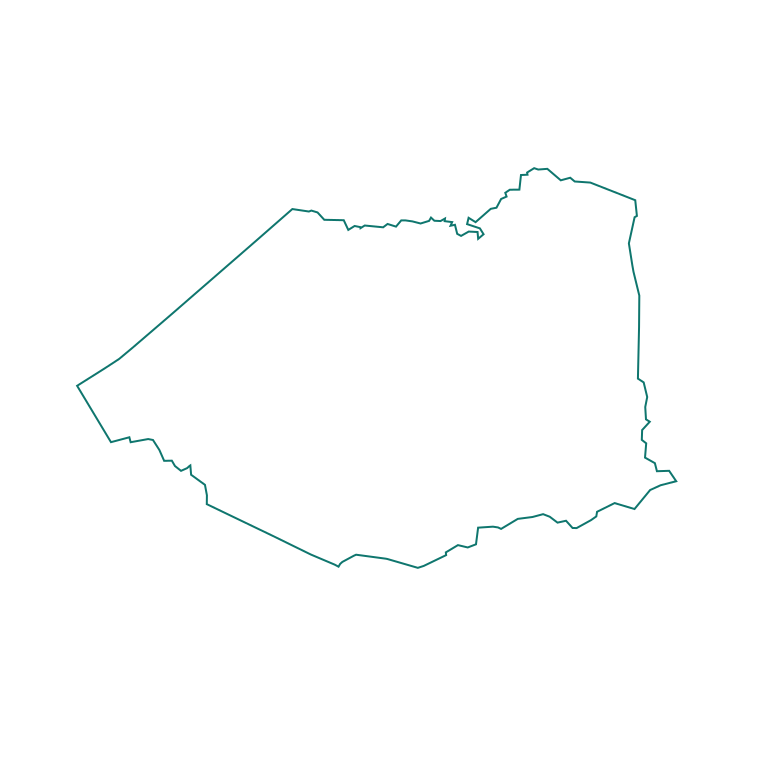 Moca, Puerto Rico, rotated 253°
{"feature_id": "32010507B73716222823884", "entity_name": "Moca", "entity_type": "district", "adm_level": 2, "iso_a3": "PRI", "parent_name": "Puerto Rico", "parent_adm1": "", "projection": "orthographic", "projection_center": [-67.079, 18.384], "detail": "fine", "context": "isolated", "style": "outline", "palette": "teal", "viewbox_px": 768, "rotation_deg": 253, "n_neighbors": 0, "source": "geoboundaries", "source_scale": "gbopen_adm2", "svg_char_len": 1821}
<svg xmlns="http://www.w3.org/2000/svg" viewBox="0 0 768 768"><g transform="rotate(253 384 384)"><path d="M578.1,347.5L559.1,305.2L511.9,199.1L492.1,153.9L485.4,138.0L480.7,121.8L472.0,90.0L408.2,105.9L407.5,124.9L402.4,124.7L400.3,142.4L398.0,146.7L386.6,149.9L374.8,151.3L372.7,158.7L366.7,160.1L360.3,164.5L361.1,171.1L362.6,174.3L362.8,175.0L353.6,173.0L339.9,183.3L329.3,182.1L320.9,179.4L271.3,233.2L242.3,264.2L225.7,284.0L222.6,287.1L224.8,289.5L226.0,292.1L226.1,292.5L228.6,305.0L228.9,307.4L216.4,334.7L215.7,336.0L198.3,362.6L198.4,368.8L202.2,393.4L204.9,393.9L208.3,407.6L203.2,416.3L203.8,425.1L219.1,432.0L215.7,446.5L213.5,451.1L211.2,453.6L215.9,472.5L213.4,487.1L213.0,498.1L208.6,503.7L200.7,509.4L200.0,518.1L191.2,522.2L189.9,526.1L193.3,542.2L195.3,548.3L199.5,550.4L202.7,569.7L191.2,587.0L204.8,607.5L206.3,618.9L205.6,635.0L217.6,631.3L220.8,619.5L229.1,619.9L237.3,612.1L250.6,617.4L255.2,614.2L264.5,617.4L270.2,627.1L273.6,624.2L285.6,627.1L294.6,631.9L309.6,632.8L314.9,628.4L363.7,644.5L393.9,654.0L418.4,655.4L425.0,656.2L446.9,659.3L470.2,672.4L470.8,675.0L486.3,678.0L510.9,647.0L516.3,640.2L521.9,625.6L526.8,622.4L527.1,612.6L542.0,603.1L544.0,594.2L546.5,590.7L544.4,582.7L542.2,582.4L543.8,576.1L530.3,570.3L533.0,561.1L531.4,555.9L527.4,556.0L526.7,550.1L519.7,543.1L520.3,537.3L512.0,518.9L518.2,513.5L512.6,510.2L504.8,521.2L498.1,523.0L495.3,516.5L502.0,517.9L505.0,509.6L503.1,501.0L506.2,497.9L515.5,498.4L515.9,493.9L518.9,496.5L522.0,489.6L524.4,490.7L523.3,485.7L525.4,479.9L529.4,477.6L526.8,474.8L526.8,465.9L531.2,458.7L534.2,452.3L535.4,448.3L531.0,441.5L536.0,434.2L534.1,429.0L541.2,411.9L539.9,407.1L540.9,407.3L543.7,402.1L541.8,394.9L552.4,393.4L558.5,374.9L567.5,370.6L571.1,365.2L570.9,362.6L578.1,347.5Z" fill="none" stroke="#0f766e" stroke-width="2"/></g></svg>